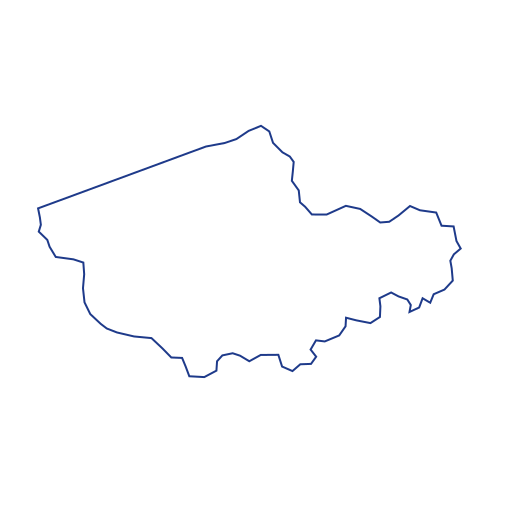 Ângulo, Paraná, Brazil, rotated 250°
{"feature_id": "56859067B37092446381276", "entity_name": "Ângulo", "entity_type": "district", "adm_level": 2, "iso_a3": "BRA", "parent_name": "Brazil", "parent_adm1": "Paraná", "projection": "equal_earth", "projection_center": [-51.931, -23.197], "detail": "fine", "context": "isolated", "style": "outline", "palette": "blue", "viewbox_px": 512, "rotation_deg": 250, "n_neighbors": 0, "source": "geoboundaries", "source_scale": "gbopen_adm2", "svg_char_len": 1265}
<svg xmlns="http://www.w3.org/2000/svg" viewBox="0 0 512 512"><g transform="rotate(250 256 256)"><path d="M375.3,67.5L366.1,66.1L358.9,64.5L353.2,60.2L342.5,65.4L335.3,65.2L323.6,67.5L315.3,83.3L308.9,91.5L297.6,88.3L284.9,82.4L271.1,79.0L258.1,80.4L245.3,86.9L238.9,91.0L231.7,99.2L222.1,113.9L214.6,129.7L201.1,136.5L189.6,141.7L185.5,151.7L176.1,152.1L165.8,152.2L159.9,166.0L161.8,179.6L170.4,183.4L174.1,190.4L172.6,200.8L167.8,206.9L159.4,213.7L161.4,226.6L155.5,243.2L143.2,242.7L135.4,250.9L139.1,260.6L135.8,270.8L140.8,278.1L149.4,275.3L156.2,283.5L152.2,291.4L152.9,307.0L159.3,316.1L167.2,319.5L161.2,328.3L153.8,340.6L156.3,351.6L166.2,355.7L174.1,357.5L175.5,370.5L169.3,376.1L163.4,383.3L157.0,384.7L150.9,381.1L151.8,391.7L159.3,398.1L152.5,403.7L159.3,409.9L160.0,421.6L165.6,432.5L177.6,435.7L185.1,437.0L189.9,442.5L193.0,450.9L201.5,449.5L216.2,451.8L221.0,440.7L235.2,440.2L242.9,425.7L250.3,417.8L245.3,403.7L242.6,392.9L245.0,384.2L253.6,378.2L264.6,370.0L272.4,357.6L270.8,336.5L275.9,322.7L285.5,319.0L291.4,315.7L303.0,318.6L314.4,315.4L322.8,319.5L331.5,323.6L337.9,321.8L344.4,316.3L356.5,310.7L368.5,311.1L376.6,305.2L376.1,291.9L372.6,277.6L372.9,265.2L376.0,246.4L375.3,67.5Z" fill="none" stroke="#1e3a8a" stroke-width="2"/></g></svg>